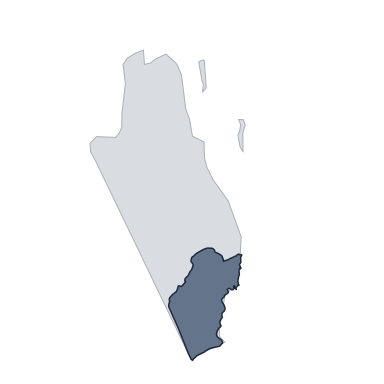 location of Toledo within Belize, rotated 332°
{"feature_id": "BLZ-1356", "entity_name": "Toledo", "entity_type": "District", "adm_level": 1, "iso_a3": "BLZ", "parent_name": "Belize", "parent_adm1": "", "projection": "albers", "projection_center": [-88.761, 16.286], "detail": "fine", "context": "in_parent", "style": "filled", "palette": "slate", "viewbox_px": 384, "rotation_deg": 332, "n_neighbors": 0, "source": "natural_earth", "source_scale": "10m", "svg_char_len": 3362}
<svg xmlns="http://www.w3.org/2000/svg" viewBox="0 0 384 384"><g transform="rotate(332 192 192)"><path d="M121.4,119.3L121.3,109.3L124.5,101.5L133.6,98.2L145.3,105.1L150.2,107.9L154.6,106.3L160.2,102.1L167.0,89.9L184.1,64.9L191.0,47.1L197.7,43.5L207.4,42.9L215.7,44.0L209.9,57.0L215.8,58.7L221.0,57.5L233.8,57.9L238.7,72.1L237.5,84.1L225.5,115.7L224.0,126.6L218.6,142.8L226.1,153.5L219.1,167.7L216.8,176.8L216.3,190.7L219.8,216.9L214.3,254.8L204.3,271.3L198.1,277.6L187.0,294.1L172.4,299.0L152.1,325.4L148.5,332.4L150.4,339.9L145.7,340.0L126.2,338.7L113.1,340.1L112.6,339.4L113.7,310.9L115.5,266.9L116.8,234.6L118.1,203.0L119.0,179.3L120.3,147.1L121.4,119.3ZM253.5,106.6L248.3,108.7L252.6,102.1L253.2,97.9L259.1,80.2L263.4,80.3L264.5,81.8L253.5,106.6ZM264.4,164.1L256.1,180.1L255.5,175.5L259.0,163.7L263.7,159.5L266.6,155.1L267.3,149.9L271.4,152.4L270.4,157.5L264.4,164.1Z" fill="#d9dde1" stroke="#a8b0b8" stroke-width="1"/><path d="M113.6,340.9L112.7,339.4L112.8,338.0L113.0,332.5L115.9,306.0L117.6,282.3L118.8,280.4L119.4,279.6L120.0,279.1L120.7,278.2L121.0,277.7L121.2,277.2L121.3,276.6L121.4,276.4L121.7,275.9L122.2,275.3L122.7,275.0L126.6,273.4L128.0,273.3L128.4,273.2L129.2,272.9L131.1,272.7L131.8,272.3L132.7,271.7L134.9,269.5L135.6,268.7L135.9,268.5L136.4,268.7L136.8,269.0L137.1,269.3L137.9,270.1L138.2,270.3L138.7,270.3L139.3,270.2L143.6,268.5L144.1,268.2L143.9,267.2L144.0,266.8L144.5,266.1L144.9,265.6L145.5,265.2L146.8,264.7L147.4,264.5L148.0,264.6L148.6,264.4L149.6,263.8L152.6,261.6L153.3,261.1L154.2,260.9L154.7,260.7L156.5,259.3L158.7,257.0L159.0,255.8L158.9,255.2L158.5,253.3L158.6,252.8L158.8,252.3L160.0,250.8L160.7,250.1L161.0,249.9L161.8,249.4L163.7,249.3L166.8,248.3L175.1,248.1L177.6,248.4L179.2,248.7L183.0,250.9L183.6,251.4L183.9,251.9L184.2,252.9L184.5,253.3L184.5,253.8L184.5,254.3L184.1,255.3L184.1,255.9L184.6,256.5L185.9,258.0L186.3,258.6L186.6,259.1L186.9,259.5L187.2,260.0L187.4,260.5L187.7,260.9L188.1,261.8L188.3,262.3L188.4,262.8L188.3,263.2L188.2,263.9L188.0,265.8L188.0,266.1L188.0,266.6L187.7,267.1L187.5,267.4L187.3,267.9L188.0,268.1L192.5,268.8L193.1,268.7L193.5,268.6L197.8,268.9L198.2,268.9L199.4,268.9L200.0,269.0L200.5,269.1L202.8,268.7L203.9,268.8L204.3,268.9L204.6,269.8L205.9,270.3L206.3,271.1L204.2,272.7L202.0,277.2L199.9,278.2L199.7,278.8L199.5,281.5L199.5,282.1L198.9,282.5L198.3,282.5L198.0,282.3L198.0,282.1L197.3,282.6L197.0,282.8L196.9,283.1L196.5,283.6L195.1,287.1L194.6,287.6L193.8,288.1L190.9,291.9L190.6,292.5L190.1,294.1L189.8,294.6L189.7,294.9L189.9,295.9L189.8,296.2L189.5,296.3L188.6,296.2L188.3,296.2L187.8,296.5L186.5,296.8L186.0,297.1L185.7,297.6L185.2,299.4L185.2,294.6L184.5,294.6L183.7,297.1L182.2,297.5L180.7,296.5L180.0,295.0L179.5,294.4L178.6,294.3L177.7,294.5L177.3,294.6L177.2,295.0L177.2,297.0L176.9,297.8L176.1,298.1L172.4,298.6L171.8,299.0L171.2,299.6L170.4,300.0L169.0,300.2L167.4,301.0L167.0,302.8L167.2,307.2L166.8,309.6L165.8,311.3L164.2,312.4L162.3,312.8L161.7,313.1L161.1,313.8L160.5,314.7L160.0,316.7L159.4,317.3L158.4,317.6L157.4,318.2L156.1,319.3L155.6,319.9L155.1,320.6L154.8,321.9L154.9,323.1L154.6,324.1L151.7,325.0L149.8,326.1L148.0,327.6L146.8,329.2L146.4,332.0L148.7,336.8L148.3,339.5L144.1,341.1L134.3,338.6L130.8,338.6L127.6,339.1L119.2,338.7L117.2,339.6L116.2,339.6L114.9,340.1L113.9,340.6L113.6,340.9Z" fill="#64748b" stroke="#1e293b" stroke-width="1.5"/></g></svg>